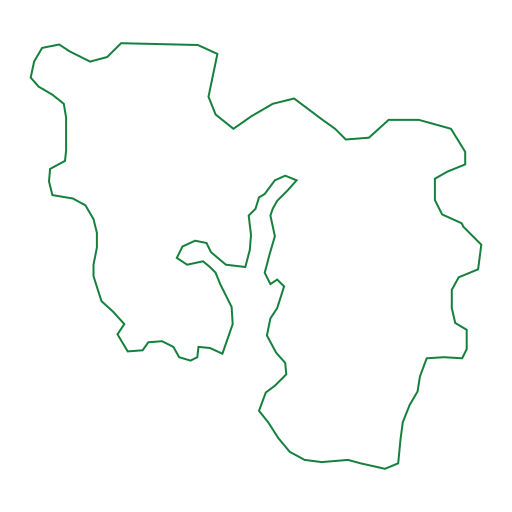 Sacheon-si, South Gyeongsang, South Korea (Mercator projection)
{"feature_id": "91817680B75900877128055", "entity_name": "Sacheon-si", "entity_type": "district", "adm_level": 2, "iso_a3": "KOR", "parent_name": "South Korea", "parent_adm1": "South Gyeongsang", "projection": "mercator", "projection_center": [128.03, 35.037], "detail": "fine", "context": "isolated", "style": "outline", "palette": "green", "viewbox_px": 512, "rotation_deg": 0, "n_neighbors": 0, "source": "geoboundaries", "source_scale": "gbopen_adm2", "svg_char_len": 1685}
<svg xmlns="http://www.w3.org/2000/svg" viewBox="0 0 512 512"><path d="M121.1,43.2L107.2,57.0L90.1,61.6L69.5,51.3L59.2,44.5L42.1,47.9L34.1,61.6L30.7,77.6L38.7,86.7L52.4,94.7L63.8,103.8L66.1,117.5L66.1,150.6L65.0,160.9L50.1,168.9L49.0,181.4L52.4,195.1L72.9,198.5L85.5,205.4L93.5,219.1L96.9,232.8L96.9,247.6L93.5,264.7L93.5,276.1L97.1,287.5L101.5,301.2L112.9,311.5L124.3,324.1L117.5,334.3L127.7,351.4L142.6,350.3L148.3,342.3L162.0,341.2L173.4,346.9L179.1,357.2L190.5,360.6L197.3,357.2L198.5,346.9L209.9,348.0L222.4,353.7L232.7,324.1L231.6,306.9L220.2,284.1L215.6,272.7L209.9,267.0L203.0,261.3L187.1,264.7L176.8,257.9L182.5,246.5L195.1,240.7L206.5,243.0L211.0,252.2L225.9,264.7L245.3,267.0L249.8,249.9L251.0,235.0L248.7,215.6L255.5,208.8L259.0,197.4L264.7,194.0L271.5,184.8L274.9,180.3L285.2,175.7L296.6,180.3L287.5,190.5L277.2,200.8L272.7,208.8L270.4,215.6L274.9,236.2L269.2,255.6L266.9,264.7L264.7,272.7L270.4,284.1L277.2,279.6L284.1,286.4L277.2,308.1L270.4,318.4L266.9,335.5L276.1,352.6L285.2,362.9L286.3,374.3L274.9,385.7L265.8,392.5L259.0,410.8L268.1,422.2L278.4,438.2L289.8,451.9L304.6,459.9L321.7,462.1L348.0,459.9L360.5,463.3L384.9,468.8L398.2,463.3L400.5,439.3L402.8,422.2L409.6,405.1L417.6,391.4L419.9,376.6L426.7,358.3L443.8,357.2L462.1,358.3L466.7,349.2L466.7,329.8L455.2,322.9L451.8,308.1L451.8,289.8L458.7,277.3L478.1,269.3L481.3,244.7L463.4,226.8L461.7,223.3L442.1,214.4L434.9,200.1L434.9,178.7L447.4,171.6L465.2,164.4L465.2,151.9L451.0,128.8L418.9,119.9L388.6,119.9L368.9,137.7L345.8,139.5L335.1,128.8L322.6,119.9L294.1,98.5L272.7,103.8L251.3,116.3L233.4,128.8L215.6,114.5L208.5,96.7L217.4,53.9L197.8,45.0L121.1,43.2Z" fill="none" stroke="#15803d" stroke-width="2"/></svg>